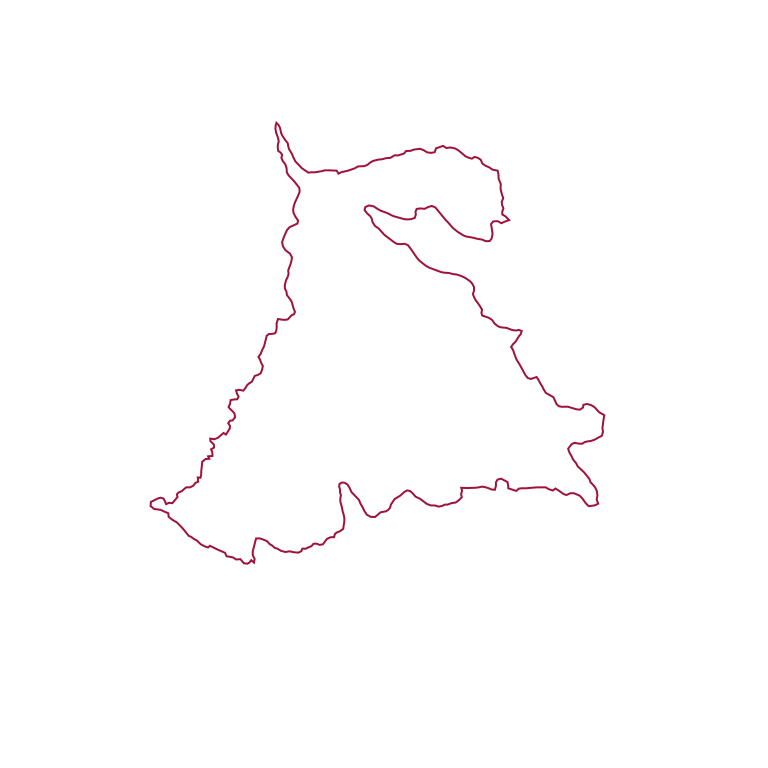 the district of Riacho dos Machados, Minas Gerais, Brazil, rotated 127°
{"feature_id": "56859067B56207215470849", "entity_name": "Riacho dos Machados", "entity_type": "district", "adm_level": 2, "iso_a3": "BRA", "parent_name": "Brazil", "parent_adm1": "Minas Gerais", "projection": "natural_earth1", "projection_center": [-43.01, -16.044], "detail": "fine", "context": "isolated", "style": "outline", "palette": "rose", "viewbox_px": 768, "rotation_deg": 127, "n_neighbors": 0, "source": "geoboundaries", "source_scale": "gbopen_adm2", "svg_char_len": 6166}
<svg xmlns="http://www.w3.org/2000/svg" viewBox="0 0 768 768"><g transform="rotate(127 384 384)"><path d="M240.2,627.1L242.7,626.1L245.4,624.4L248.2,621.4L251.3,616.6L253.7,614.0L256.6,612.9L258.9,611.3L261.5,608.8L261.4,605.7L262.4,603.1L265.1,602.1L266.8,599.2L268.0,594.8L270.3,591.7L273.5,588.9L274.8,585.8L276.3,577.1L278.3,569.8L280.9,567.3L284.1,566.2L292.0,564.5L295.6,563.4L299.5,561.5L301.8,559.2L303.7,555.5L305.2,551.0L308.0,549.7L315.6,553.8L319.6,554.1L327.0,552.4L332.1,550.7L334.9,547.5L336.5,543.2L336.4,537.6L338.2,533.8L341.1,532.1L344.5,530.8L350.9,528.9L353.6,526.4L357.0,525.2L360.2,524.7L365.1,522.5L367.5,520.4L368.9,517.5L371.4,515.1L373.2,508.7L374.5,506.3L378.1,501.7L379.9,498.6L382.3,497.8L384.7,499.2L390.3,499.7L392.4,501.7L394.2,504.5L395.9,507.8L400.4,506.2L403.2,503.9L405.9,502.3L408.9,501.4L411.3,503.5L413.3,505.9L416.0,506.7L426.0,502.5L430.5,501.7L434.1,500.6L437.9,500.6L439.2,497.5L440.8,495.3L442.5,491.6L446.1,489.9L449.6,488.9L452.7,490.2L455.3,492.1L461.7,490.9L464.7,492.1L467.1,492.6L470.8,492.3L474.0,492.4L475.8,496.2L478.1,498.3L480.1,495.8L481.5,492.6L484.5,492.0L486.9,494.8L489.2,496.8L492.5,495.0L496.0,494.2L496.6,491.4L496.9,488.2L497.7,485.4L500.3,482.9L504.2,483.0L506.0,484.9L509.1,484.8L510.1,481.8L512.4,480.4L519.5,479.8L519.7,482.7L527.0,484.3L530.2,486.3L532.2,489.9L534.1,488.2L534.7,483.5L537.1,481.5L540.2,482.8L541.8,480.1L544.7,477.7L547.6,480.9L548.8,478.5L551.3,481.3L555.4,482.4L563.7,477.4L566.9,475.1L569.4,474.2L570.7,476.5L573.9,473.6L576.3,475.1L580.0,475.1L583.4,476.8L585.6,479.8L591.5,481.1L594.3,482.8L596.8,483.0L598.5,480.9L606.6,481.3L608.3,484.3L611.1,485.7L609.5,488.3L608.2,491.3L609.2,493.9L611.3,495.6L618.5,499.2L622.0,496.9L622.1,492.3L618.9,486.6L618.2,483.0L617.0,478.5L619.7,476.0L619.8,471.2L619.2,465.9L620.5,457.7L622.8,448.5L622.1,445.9L622.2,442.6L621.6,439.4L622.3,433.9L621.5,429.2L620.4,426.1L618.0,425.7L616.4,417.4L614.5,409.3L616.3,406.1L613.4,400.3L613.1,396.4L610.3,393.3L611.5,388.1L609.7,384.9L607.4,384.0L604.6,384.0L604.9,380.4L601.5,382.1L599.7,385.7L596.9,388.0L584.4,393.2L582.2,390.5L581.1,387.4L579.9,383.0L580.7,378.9L580.3,375.8L580.7,372.8L579.6,369.7L579.2,365.7L577.4,361.5L574.5,358.8L572.5,354.5L570.2,350.9L567.3,349.4L564.6,350.1L562.7,347.4L559.7,345.9L557.1,344.3L554.2,344.2L552.3,342.2L551.2,338.5L548.7,336.3L542.2,336.4L538.5,334.4L536.4,331.7L533.2,333.0L530.5,332.1L528.0,330.5L524.3,329.4L517.8,332.9L514.9,335.0L512.2,338.1L510.5,340.5L508.3,342.8L504.1,348.2L501.5,350.1L498.9,351.4L496.9,354.0L494.8,355.5L492.8,358.2L490.4,359.4L487.9,358.2L486.5,355.8L486.3,352.6L487.5,349.4L489.9,344.9L491.6,334.4L493.8,330.6L495.3,327.0L497.1,323.6L498.7,319.1L498.1,314.7L495.6,311.1L488.5,309.5L484.6,305.9L482.2,304.9L479.2,304.7L476.1,305.9L469.6,306.3L463.3,303.8L458.0,302.8L455.0,301.4L453.8,298.8L454.0,295.4L455.0,291.0L454.0,286.2L454.0,277.5L452.7,273.3L450.3,270.1L449.0,266.5L446.5,264.3L443.6,262.7L442.0,260.6L438.4,258.3L435.5,255.4L431.8,254.3L427.7,253.7L425.5,256.2L422.4,257.3L420.4,259.8L417.0,254.9L411.7,248.4L409.3,245.9L407.1,244.1L405.6,241.4L404.4,238.1L403.5,234.6L401.7,231.8L398.2,233.2L395.2,235.4L392.0,235.8L389.1,233.4L388.0,226.4L390.4,223.7L392.5,222.0L389.8,214.0L386.5,213.4L384.3,211.2L381.7,207.7L374.8,200.0L369.2,192.7L368.8,188.9L367.4,185.0L364.3,184.2L364.0,181.0L363.8,174.4L362.9,171.5L358.9,169.3L356.8,166.2L355.4,160.4L356.2,156.1L357.7,151.6L358.4,147.0L354.4,142.9L350.7,140.9L348.3,144.6L344.7,146.4L341.4,149.5L339.4,153.5L338.6,157.0L338.2,160.0L336.3,162.7L334.2,170.7L333.2,179.7L331.6,183.0L330.5,187.7L328.7,190.9L327.4,194.2L325.0,197.9L321.5,198.0L319.0,197.9L316.5,196.6L314.4,192.7L312.5,189.8L309.5,188.7L306.9,186.5L304.9,184.4L301.5,182.2L294.3,178.9L290.4,180.3L287.8,183.0L281.7,186.5L276.3,189.3L277.1,195.1L275.8,202.0L276.2,205.9L277.8,209.9L280.6,212.2L283.0,210.9L286.5,212.0L288.4,215.1L291.5,223.5L295.2,228.3L296.5,230.9L296.2,234.1L292.6,240.8L293.7,249.4L292.3,253.1L290.9,255.7L289.4,259.6L287.7,263.2L286.6,266.3L291.6,269.8L292.7,272.7L291.9,276.1L287.0,287.0L284.6,293.1L281.0,298.8L279.2,301.3L277.9,304.8L274.6,304.9L270.7,304.4L264.5,305.0L261.8,304.8L258.8,305.9L259.7,308.8L261.9,310.9L263.6,313.7L265.5,320.1L268.1,324.2L269.3,327.4L269.2,332.1L267.8,336.1L268.1,340.3L270.2,346.7L268.6,349.0L265.7,350.4L264.3,353.7L262.8,357.9L262.1,360.8L260.7,363.8L258.7,367.1L255.0,368.4L252.4,370.5L250.9,373.6L250.2,376.4L250.2,380.3L250.6,384.4L251.4,387.7L252.7,391.6L254.6,394.9L256.4,399.2L258.7,402.6L260.3,405.8L263.9,417.9L264.4,421.9L264.2,429.9L263.4,433.6L260.3,442.9L258.7,448.5L259.6,451.9L262.4,455.0L264.3,458.0L264.7,460.8L264.7,473.3L263.0,482.1L263.2,486.3L261.6,490.6L259.3,493.3L258.2,496.2L257.9,500.3L256.8,504.2L253.9,505.4L250.5,503.5L248.3,499.1L248.1,494.9L247.6,491.1L245.5,484.1L244.9,480.5L244.2,477.3L240.0,466.6L238.2,464.0L235.8,461.4L232.8,459.4L229.6,460.5L227.5,462.5L224.5,463.3L221.8,460.5L219.7,457.0L216.2,455.3L213.0,453.0L212.1,449.1L215.9,433.6L216.4,430.0L218.0,422.7L218.1,416.4L217.6,410.4L216.9,407.5L213.3,400.4L212.1,397.3L209.5,392.3L208.8,388.8L206.2,385.6L203.0,385.6L199.0,387.5L196.3,390.1L191.9,394.7L188.5,394.7L185.6,391.3L184.9,387.0L181.6,385.2L177.8,382.7L177.0,387.9L177.4,391.6L175.3,393.2L171.8,394.4L170.0,397.4L167.7,399.6L163.8,400.6L161.1,404.7L157.7,408.6L154.1,411.0L151.0,416.1L147.9,418.6L145.2,421.6L147.5,426.3L147.7,430.7L148.6,434.2L148.7,438.2L146.7,441.7L146.9,445.3L148.2,448.4L151.1,449.4L152.2,452.1L153.1,455.9L152.6,465.6L153.2,469.3L155.2,473.4L158.0,476.2L158.3,480.1L164.5,484.3L168.4,483.0L171.0,485.4L173.0,488.9L173.4,493.0L174.4,496.7L178.8,501.2L181.8,503.1L184.6,506.6L187.9,506.7L193.1,510.4L194.9,513.1L199.7,515.1L202.3,518.2L205.9,521.0L207.9,523.3L210.4,525.4L212.9,527.2L215.4,528.3L218.9,529.1L221.8,530.8L225.9,535.7L229.4,537.2L235.0,540.9L240.7,545.7L243.4,546.9L242.1,550.2L246.6,556.7L249.0,559.9L251.7,562.0L256.8,566.9L258.5,569.3L260.7,571.6L261.1,579.4L259.5,588.9L257.4,593.1L255.8,595.6L253.6,601.1L252.0,603.3L249.6,605.8L248.5,610.1L247.2,613.8L245.7,616.9L242.1,621.1L240.6,624.1L240.2,627.1Z" fill="none" stroke="#9f1239" stroke-width="2"/></g></svg>